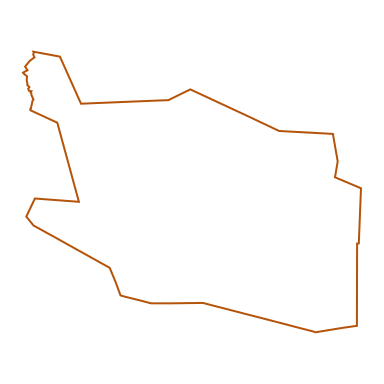 San Francisco Tlapancingo, Oaxaca, Mexico
{"feature_id": "50627088B51167334219016", "entity_name": "San Francisco Tlapancingo", "entity_type": "district", "adm_level": 2, "iso_a3": "MEX", "parent_name": "Mexico", "parent_adm1": "Oaxaca", "projection": "albers", "projection_center": [-98.293, 17.481], "detail": "fine", "context": "isolated", "style": "outline", "palette": "amber", "viewbox_px": 384, "rotation_deg": 0, "n_neighbors": 0, "source": "geoboundaries", "source_scale": "gbopen_adm2", "svg_char_len": 1080}
<svg xmlns="http://www.w3.org/2000/svg" viewBox="0 0 384 384"><path d="M28.2,88.8L28.9,90.7L31.4,91.2L30.6,92.6L31.4,93.5L31.4,94.9L33.5,99.6L32.6,100.5L30.8,108.9L30.4,108.9L30.3,109.6L30.5,110.3L57.3,122.7L78.9,201.8L34.9,198.5L26.3,216.6L33.5,225.5L47.6,233.3L52.6,236.0L76.4,249.3L91.7,257.8L100.8,262.9L107.7,266.7L109.7,267.8L115.7,282.3L120.5,295.4L124.6,296.6L143.4,301.3L149.0,302.8L151.2,303.3L173.0,303.3L197.3,303.0L202.8,302.9L218.1,306.9L221.4,307.7L245.6,314.0L269.8,320.2L293.9,326.5L313.3,331.5L315.4,332.3L319.0,331.7L338.6,328.5L342.3,327.9L356.9,325.8L357.1,243.6L358.8,243.4L361.0,188.3L335.0,177.3L337.7,161.4L332.9,133.9L279.1,131.0L244.5,114.6L236.1,110.7L190.3,89.4L176.8,96.0L168.7,100.0L168.4,100.2L167.6,100.2L161.6,100.4L156.4,100.6L83.5,103.6L81.0,103.7L80.2,101.9L78.7,98.6L77.5,95.9L76.1,92.7L75.2,90.7L72.5,84.7L59.9,56.6L33.4,51.7L33.8,52.5L33.2,54.6L34.5,57.3L29.7,60.9L25.1,66.6L27.5,70.2L23.0,72.6L23.3,73.2L25.6,75.1L27.0,76.3L26.7,80.3L27.3,83.0L27.5,84.6L27.3,85.0L29.4,87.1L28.2,88.8Z" fill="none" stroke="#b45309" stroke-width="2"/></svg>